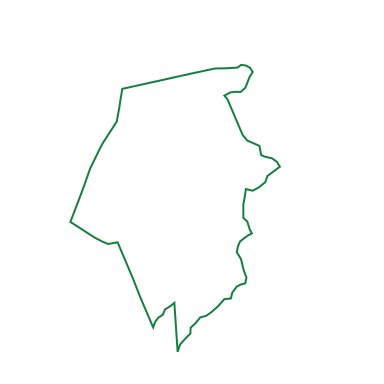 Santana do Mundaú, Alagoas, Brazil, rotated 146°
{"feature_id": "56859067B55013789600904", "entity_name": "Santana do Mundaú", "entity_type": "district", "adm_level": 2, "iso_a3": "BRA", "parent_name": "Brazil", "parent_adm1": "Alagoas", "projection": "albers", "projection_center": [-36.203, -9.124], "detail": "fine", "context": "isolated", "style": "outline", "palette": "green", "viewbox_px": 384, "rotation_deg": 146, "n_neighbors": 0, "source": "geoboundaries", "source_scale": "gbopen_adm2", "svg_char_len": 1133}
<svg xmlns="http://www.w3.org/2000/svg" viewBox="0 0 384 384"><g transform="rotate(146 192 192)"><path d="M74.6,257.5L74.4,262.3L76.5,266.6L80.2,269.9L84.8,269.7L95.5,276.1L103.8,281.5L125.9,290.4L192.1,316.5L201.1,307.0L204.9,302.8L215.0,292.5L235.4,283.8L239.1,282.2L244.6,279.2L263.2,268.5L276.7,258.4L291.0,248.2L309.6,235.2L298.2,208.7L294.3,201.4L290.6,195.8L281.8,191.9L289.4,153.0L293.7,133.9L299.9,101.4L295.6,104.7L290.6,106.6L284.7,106.6L280.2,109.7L273.3,109.5L268.6,110.0L293.3,67.5L287.1,72.3L279.6,74.2L272.5,75.5L269.0,80.3L262.7,81.2L255.3,83.4L249.4,81.4L242.6,81.6L233.8,82.8L225.2,85.1L219.3,82.0L214.8,86.1L207.6,88.6L203.3,88.0L198.9,86.5L194.7,90.6L192.9,98.1L188.9,108.9L188.5,117.0L184.3,121.3L179.7,124.2L170.5,124.7L165.5,124.2L165.1,128.6L162.7,136.6L163.9,141.8L156.4,153.0L151.3,158.1L145.7,164.3L141.0,159.2L133.8,158.4L125.7,159.2L120.5,163.1L105.1,163.8L104.7,169.5L106.9,175.3L112.0,180.7L114.0,184.0L110.3,192.5L114.5,199.2L117.5,203.9L118.1,211.0L110.8,248.8L111.2,253.8L104.5,253.1L99.8,250.7L95.7,247.7L89.5,248.6L79.9,255.2L74.6,257.5Z" fill="none" stroke="#15803d" stroke-width="2"/></g></svg>